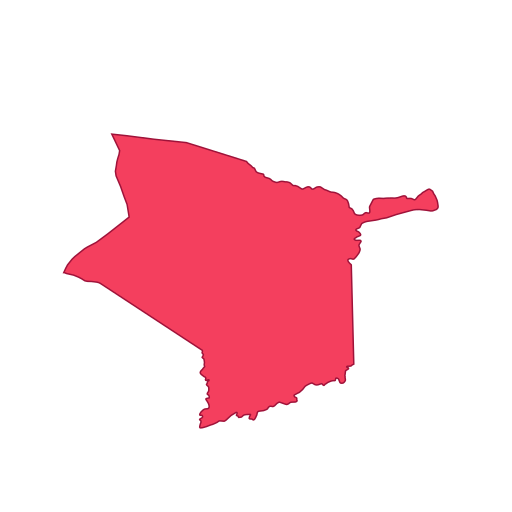 outline of Santiago de Puringla, La Paz, Honduras, rotated 254°
{"feature_id": "27666195B8735504948943", "entity_name": "Santiago de Puringla", "entity_type": "district", "adm_level": 2, "iso_a3": "HND", "parent_name": "Honduras", "parent_adm1": "La Paz", "projection": "equal_earth", "projection_center": [-87.91, 14.348], "detail": "fine", "context": "isolated", "style": "filled", "palette": "rose", "viewbox_px": 512, "rotation_deg": 254, "n_neighbors": 0, "source": "geoboundaries", "source_scale": "gbopen_adm2", "svg_char_len": 6145}
<svg xmlns="http://www.w3.org/2000/svg" viewBox="0 0 512 512"><g transform="rotate(254 256 256)"><path d="M293.0,66.6L292.7,67.4L291.4,69.0L287.9,75.4L286.0,77.8L284.5,79.7L282.2,82.1L279.3,84.7L278.1,87.0L276.9,90.7L276.0,92.9L274.7,95.9L273.7,97.6L272.6,98.8L180.1,178.4L178.8,178.1L178.1,177.6L177.8,177.5L177.2,177.6L176.0,178.2L175.6,178.2L174.8,177.7L173.8,176.6L173.4,176.3L172.7,176.6L171.7,177.4L170.6,177.5L167.8,177.1L165.7,176.2L163.7,176.1L162.8,174.5L161.8,173.3L161.4,172.5L160.5,171.1L159.8,170.5L159.1,170.2L158.3,170.3L157.3,170.7L154.3,172.9L153.8,173.6L153.1,174.0L152.4,174.1L151.0,173.3L150.4,173.4L150.1,173.8L150.2,176.1L150.0,176.5L149.7,176.6L149.2,176.4L148.8,175.1L148.5,174.7L148.0,174.4L147.1,174.1L146.8,173.7L146.5,173.2L146.2,173.0L145.5,173.1L143.6,174.2L142.6,174.3L140.9,173.9L139.3,173.3L138.9,173.0L137.6,171.5L136.9,171.1L136.3,171.2L135.3,172.1L134.9,172.2L133.8,172.3L132.9,172.1L132.5,171.8L132.7,169.4L132.6,168.7L132.3,168.4L131.7,168.4L129.5,169.1L127.4,169.6L125.8,169.7L124.2,169.5L123.2,169.0L122.8,168.5L122.6,168.1L122.6,167.1L123.0,164.7L122.9,163.9L122.7,163.0L121.3,160.3L119.9,158.7L119.1,158.2L118.5,158.2L118.2,158.6L117.8,160.1L117.1,160.4L116.3,160.4L115.8,160.1L115.4,159.6L114.8,157.3L114.5,156.8L114.0,156.8L112.7,157.6L112.4,157.6L111.0,157.1L109.9,156.2L107.8,155.0L107.0,154.7L106.4,154.8L106.2,155.1L106.0,155.5L105.7,157.4L105.7,161.4L106.1,165.8L106.1,167.9L106.4,170.2L106.8,172.7L107.4,174.4L107.6,175.3L107.3,176.3L106.2,179.2L106.0,179.8L106.0,180.4L106.6,182.2L107.8,184.5L109.6,188.1L111.1,193.6L111.1,193.9L110.8,194.5L110.2,194.6L109.5,194.2L108.6,193.4L108.1,193.3L107.9,193.5L107.0,194.6L106.1,194.7L105.6,194.9L105.3,196.5L105.2,197.4L105.4,198.1L106.3,199.9L106.5,201.2L106.2,203.3L105.3,206.9L105.2,207.0L104.8,206.9L103.2,205.4L102.1,204.8L101.7,204.7L101.0,205.2L100.8,206.1L100.4,207.0L99.9,207.6L99.3,208.0L99.1,208.5L99.2,209.0L99.5,209.7L101.0,211.3L101.7,211.8L102.9,212.9L105.3,214.2L105.9,215.0L106.0,216.2L105.3,220.7L105.5,223.2L105.7,224.3L105.9,224.9L107.1,226.2L107.5,227.1L107.7,227.8L107.6,228.3L107.4,229.1L106.7,230.4L106.6,231.4L107.0,232.7L108.6,235.6L109.1,237.6L109.1,238.2L108.8,238.7L105.6,243.2L104.8,244.6L104.8,245.3L104.9,246.2L105.1,246.9L105.6,247.9L105.8,249.1L105.7,249.9L104.8,253.6L104.9,254.6L105.2,255.3L105.6,255.6L106.8,255.6L108.1,256.0L108.7,255.7L110.0,254.3L111.1,254.1L111.5,254.2L111.8,254.4L112.0,255.0L112.1,255.8L112.6,257.8L112.8,259.4L113.0,260.2L114.8,264.0L116.8,266.7L117.4,267.7L118.0,270.0L118.5,272.7L118.6,274.1L118.3,275.1L116.2,277.1L115.7,277.9L115.3,278.8L115.1,280.2L115.2,283.1L115.1,284.0L114.7,284.3L113.2,285.1L112.9,285.6L113.0,286.0L113.8,287.2L113.8,287.7L114.7,290.3L114.9,291.9L115.1,293.6L115.0,295.1L114.8,296.2L114.5,297.2L114.5,297.6L114.6,297.9L115.2,298.3L116.4,298.9L116.5,299.2L116.5,299.6L116.0,300.6L115.3,301.3L114.4,301.5L111.5,301.8L110.8,302.1L110.4,302.5L110.0,303.6L109.9,304.9L110.4,306.0L111.2,307.1L112.0,307.7L112.8,307.9L115.1,308.2L115.8,308.5L116.8,308.5L117.8,309.1L120.7,310.3L121.2,310.9L121.8,313.2L122.2,313.9L122.7,314.0L123.1,313.8L124.1,312.7L124.4,312.6L124.6,312.7L124.8,313.1L124.8,313.6L124.2,316.1L124.1,317.0L124.8,318.5L125.1,320.2L221.0,345.1L221.4,345.1L223.2,344.0L225.1,343.2L225.9,343.1L226.5,343.1L227.0,343.3L227.3,343.7L227.5,344.5L227.6,345.2L227.5,345.9L227.3,346.6L226.5,347.8L226.2,348.5L226.1,349.2L226.4,349.9L227.7,352.1L230.3,355.5L231.4,356.5L232.8,357.5L234.0,358.0L237.1,357.8L238.0,357.9L238.8,358.5L240.9,360.9L241.2,361.0L241.6,361.0L242.1,360.8L242.5,360.2L243.4,356.7L243.6,356.2L244.5,355.3L244.9,355.1L245.2,355.1L245.5,355.4L245.8,355.9L246.1,357.2L246.5,358.1L246.7,360.2L247.0,362.0L247.3,362.3L247.7,362.5L248.6,362.4L250.1,361.8L251.1,361.1L252.2,359.8L253.0,359.2L253.6,359.2L254.0,359.5L254.3,360.4L254.6,363.0L254.8,363.5L255.3,364.1L256.2,364.8L258.1,366.6L258.6,369.1L258.7,371.0L258.6,372.8L257.5,381.0L257.3,383.7L257.3,386.6L256.7,392.1L257.2,402.4L257.0,417.3L256.9,420.2L256.5,422.6L255.6,426.0L253.1,432.2L251.1,436.5L250.7,438.3L251.0,442.2L251.7,443.6L252.6,444.4L253.8,444.8L257.5,445.3L259.7,445.4L264.3,444.8L266.8,444.0L269.6,443.6L271.9,441.8L272.4,441.2L272.6,440.6L272.5,439.2L271.7,436.4L271.0,433.5L270.2,432.2L269.5,430.1L268.9,428.5L266.8,425.5L266.4,424.7L266.3,424.0L266.7,423.3L268.3,421.4L268.6,420.8L269.0,419.6L269.5,417.5L269.7,417.0L270.1,416.7L271.0,416.8L272.0,416.4L272.5,416.0L272.9,415.2L273.1,414.4L273.2,413.3L273.0,408.6L273.2,406.5L273.5,404.9L274.3,402.6L275.7,397.2L276.2,394.4L277.7,390.0L278.1,387.5L278.2,385.2L278.1,384.5L277.7,384.0L272.3,378.9L271.4,378.5L268.6,378.0L267.6,377.8L266.6,377.3L266.2,376.8L266.1,376.5L266.2,376.0L266.5,375.2L267.2,374.2L267.4,373.2L267.2,372.3L266.2,370.1L266.2,368.5L266.6,366.6L267.4,364.7L268.2,363.5L269.1,362.7L270.1,362.3L272.6,362.0L274.6,361.3L275.2,360.9L276.1,359.8L277.0,359.0L280.8,359.4L283.6,359.2L284.8,358.8L285.8,358.0L286.9,356.6L287.8,355.8L290.2,354.5L292.0,353.1L293.3,351.9L294.4,350.5L295.3,349.2L296.1,347.5L296.6,346.0L297.4,344.8L299.8,341.9L301.0,340.1L304.4,337.2L304.9,336.5L305.3,335.1L305.5,333.7L305.4,332.8L304.6,329.9L304.6,329.3L304.7,328.8L304.9,328.4L305.2,328.0L306.5,327.4L307.5,326.6L307.9,325.9L308.2,324.9L308.2,323.9L308.1,322.9L307.5,320.0L307.5,319.3L307.7,318.8L308.1,318.2L311.4,315.3L312.9,313.1L313.2,311.8L313.7,310.9L316.8,309.0L317.6,308.1L318.3,306.9L318.7,306.2L319.2,304.6L320.2,302.6L320.7,301.3L320.9,299.8L320.8,297.5L320.9,296.5L321.2,295.6L322.1,294.3L322.9,293.2L324.0,292.1L325.5,291.3L326.7,290.3L327.6,289.0L328.7,287.2L329.6,286.2L330.4,285.7L332.0,285.8L332.6,285.6L333.0,285.0L334.7,281.9L335.5,280.7L336.3,279.9L336.8,279.5L337.7,279.2L340.7,278.7L341.3,278.2L341.7,277.5L342.0,277.2L344.0,276.2L347.2,273.9L349.5,272.9L384.2,220.3L396.2,190.5L407.2,165.0L412.9,151.0L394.9,154.0L391.5,152.4L387.7,149.9L384.6,148.1L381.6,146.8L376.2,144.2L371.6,143.6L360.1,145.0L349.3,145.6L341.1,146.3L328.4,144.8L325.6,138.0L318.0,119.3L313.1,106.2L311.1,96.4L310.2,93.1L305.4,81.7L303.6,78.3L299.4,72.4L296.6,69.7L293.0,66.6Z" fill="#f43f5e" stroke="#9f1239" stroke-width="1.5"/></g></svg>